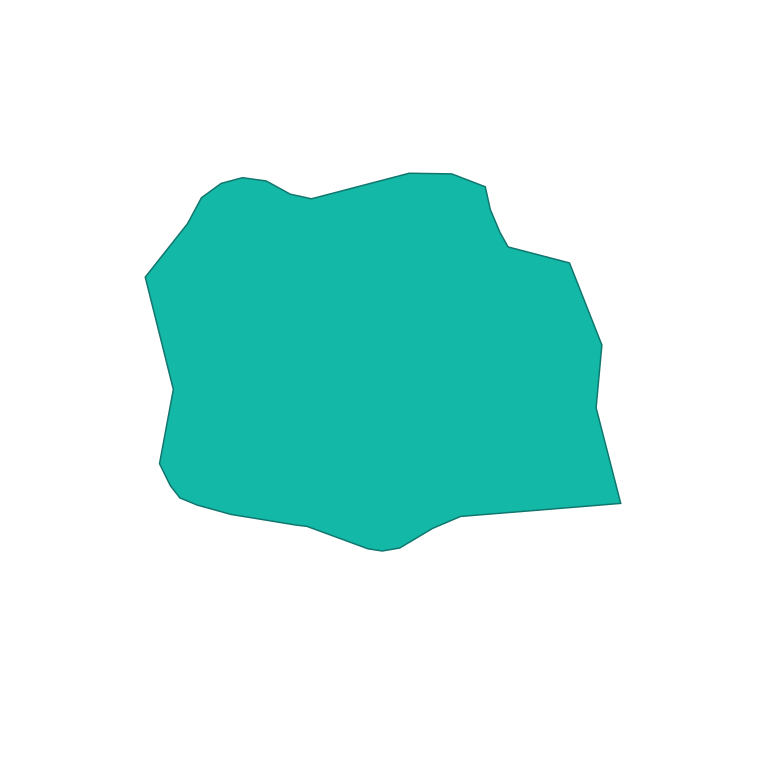 Duplek, orthographic projection, rotated 309°
{"feature_id": "SVN-948", "entity_name": "Duplek", "entity_type": "Municipality", "adm_level": 1, "iso_a3": "SVN", "parent_name": "Slovenia", "parent_adm1": "", "projection": "orthographic", "projection_center": [15.768, 46.508], "detail": "fine", "context": "isolated", "style": "filled", "palette": "teal", "viewbox_px": 768, "rotation_deg": 309, "n_neighbors": 0, "source": "natural_earth", "source_scale": "10m", "svg_char_len": 555}
<svg xmlns="http://www.w3.org/2000/svg" viewBox="0 0 768 768"><g transform="rotate(309 384 384)"><path d="M218.7,403.9L186.3,347.1L172.5,315.4L167.0,297.1L170.5,282.0L180.8,259.7L247.2,223.7L316.8,131.2L385.0,130.4L413.9,124.9L437.4,131.2L455.3,144.2L467.7,164.8L472.5,191.6L482.2,211.0L563.7,271.0L589.9,304.4L601.0,338.6L586.5,356.8L574.8,378.7L568.6,394.2L594.8,452.0L551.4,528.8L499.0,563.8L440.2,643.1L329.2,526.8L302.3,512.6L266.4,499.4L253.1,487.7L245.8,475.2L224.9,413.8L218.7,403.9Z" fill="#14b8a6" stroke="#0f766e" stroke-width="1.5"/></g></svg>